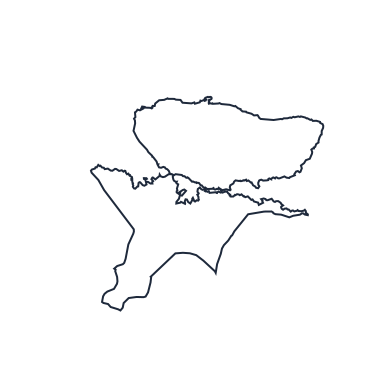 Samosir, Sumatera Utara, Indonesia, rotated 316°
{"feature_id": "22746128B81816662901100", "entity_name": "Samosir", "entity_type": "district", "adm_level": 2, "iso_a3": "IDN", "parent_name": "Indonesia", "parent_adm1": "Sumatera Utara", "projection": "albers", "projection_center": [98.751, 2.555], "detail": "fine", "context": "isolated", "style": "outline", "palette": "slate", "viewbox_px": 384, "rotation_deg": 316, "n_neighbors": 0, "source": "geoboundaries", "source_scale": "gbopen_adm2", "svg_char_len": 6128}
<svg xmlns="http://www.w3.org/2000/svg" viewBox="0 0 384 384"><g transform="rotate(316 192 192)"><path d="M187.7,145.5L186.4,148.0L187.0,148.7L186.1,149.0L185.4,151.4L186.6,153.1L188.8,154.0L189.6,155.5L189.3,156.8L190.0,158.4L190.0,160.7L188.8,163.6L189.9,165.1L190.7,167.4L192.6,167.8L196.5,172.7L196.5,174.3L197.6,175.5L197.7,177.5L198.2,178.3L198.9,178.3L199.2,179.3L199.2,184.7L200.0,185.1L200.9,187.4L201.7,187.8L201.6,188.8L202.6,189.3L203.3,190.6L202.9,193.0L203.6,194.0L203.4,196.3L203.9,197.8L204.6,197.9L205.1,200.5L209.4,204.3L210.3,203.9L210.5,203.1L210.3,203.9L209.5,204.3L210.3,206.3L212.2,207.1L212.7,208.0L214.1,207.6L214.0,210.3L214.6,209.8L215.1,211.8L218.4,213.7L220.6,217.2L221.3,217.2L222.5,214.8L224.2,213.8L227.7,214.6L229.5,213.8L231.4,213.9L233.5,216.8L234.3,217.1L234.5,216.5L234.4,217.8L235.4,218.7L237.2,219.3L238.1,220.2L238.8,219.6L238.1,220.2L239.5,220.7L239.1,222.2L240.6,222.9L240.9,226.2L241.5,226.5L240.6,229.6L241.3,232.1L241.0,233.5L242.2,235.2L244.4,234.7L244.7,232.9L246.0,231.4L248.3,230.4L249.1,230.6L250.4,231.3L251.1,233.2L253.9,235.6L255.1,236.4L255.9,235.7L257.0,235.9L257.8,237.9L258.2,237.5L260.5,237.9L261.2,239.9L262.0,239.6L263.0,240.1L263.5,242.1L264.5,243.0L269.3,245.0L270.0,247.4L271.7,249.5L272.8,249.4L277.6,251.4L277.9,250.3L281.1,249.6L282.7,250.5L283.0,252.5L284.1,252.8L287.5,251.2L288.8,248.6L292.7,249.1L296.0,248.2L299.8,249.9L304.9,247.8L306.3,246.7L307.3,244.4L308.8,244.5L310.0,245.4L310.6,244.6L312.0,245.1L314.6,243.8L317.4,244.3L318.4,243.2L321.5,241.4L324.4,240.4L325.2,240.7L327.7,238.2L330.8,237.0L332.4,235.6L333.1,233.9L332.2,231.4L332.8,230.5L330.9,227.1L328.3,224.8L328.3,222.8L327.2,222.3L326.2,219.1L325.6,218.7L325.2,217.1L322.8,213.2L321.8,213.0L321.0,211.5L317.8,209.6L317.1,208.3L314.9,207.7L314.4,206.6L311.9,205.3L309.2,202.8L307.3,202.2L306.8,201.3L300.7,196.9L292.1,187.1L291.9,185.3L291.8,185.9L291.9,185.3L292.5,182.9L292.5,182.2L289.8,180.0L289.2,177.1L286.5,172.5L286.7,171.8L284.3,169.1L284.1,166.4L284.5,166.1L283.3,163.8L282.9,160.2L282.0,159.8L279.7,155.5L274.2,149.1L273.5,147.1L272.5,146.7L268.2,143.0L268.3,142.4L267.3,141.9L266.9,141.0L265.5,140.2L265.9,139.5L267.1,139.0L267.3,138.1L268.2,138.2L268.2,137.7L270.5,138.6L271.4,138.1L271.7,137.2L271.2,136.2L269.6,135.2L269.5,134.6L267.0,133.5L265.7,133.8L266.3,135.3L265.4,135.7L264.4,135.2L264.5,134.2L261.5,132.8L261.4,132.2L259.9,132.9L255.4,130.5L255.9,129.2L253.2,127.9L247.2,121.2L247.7,117.8L244.5,114.3L244.0,112.8L239.5,108.4L239.5,107.7L236.0,106.4L232.1,103.2L227.0,102.8L224.9,104.2L223.5,102.7L222.3,103.1L222.1,103.9L221.1,103.9L220.5,102.5L216.1,97.9L215.2,98.2L211.3,97.1L210.0,94.9L207.7,95.4L206.3,95.1L203.3,98.8L201.2,99.0L200.7,100.8L198.8,103.1L192.4,107.4L190.1,114.7L189.2,119.3L189.0,130.3L188.3,133.0L188.5,138.3L187.9,139.0L188.3,139.9L187.7,145.5ZM82.8,193.1L83.1,194.8L81.8,195.6L79.1,201.1L76.3,204.5L74.3,205.9L68.6,207.5L61.9,204.8L58.4,204.5L55.6,205.3L50.9,208.6L51.2,210.3L53.8,214.3L53.6,218.2L57.4,225.1L58.2,227.5L61.8,227.1L65.7,224.4L72.8,224.3L79.2,229.0L84.1,234.0L86.0,235.0L90.6,233.7L99.3,228.3L103.6,224.8L103.5,224.3L137.4,224.6L143.2,229.4L147.9,234.6L151.2,240.4L152.5,249.2L153.4,264.9L152.9,266.6L160.0,261.3L169.7,256.5L174.3,253.5L178.0,252.4L184.4,252.1L189.9,250.8L190.7,251.1L195.1,249.7L216.9,247.0L230.3,256.2L235.7,261.3L236.1,263.1L235.8,263.8L236.6,265.9L240.4,270.2L244.4,277.8L248.3,279.4L253.9,283.3L256.2,283.7L257.1,284.5L257.5,286.6L259.2,289.1L259.8,288.6L259.5,286.1L260.6,284.8L260.8,283.2L259.5,283.1L257.2,281.7L255.4,279.6L255.4,278.4L254.5,278.4L252.1,277.0L251.8,275.4L251.1,274.9L249.4,274.7L249.4,271.7L248.6,270.9L248.6,269.5L247.0,268.3L245.2,268.0L244.9,266.5L245.3,265.1L246.0,264.5L248.2,264.9L247.9,262.4L248.3,261.4L247.7,258.5L246.1,257.0L244.8,256.8L244.2,255.5L244.6,252.2L240.8,250.5L239.8,249.5L240.0,248.2L239.1,246.5L236.8,245.2L236.6,247.5L235.9,247.8L235.6,249.1L231.1,247.7L232.2,245.6L230.0,241.9L230.4,239.4L229.2,238.9L229.1,233.9L226.7,232.7L226.5,231.0L226.0,230.9L226.0,228.1L224.2,227.5L224.0,226.4L222.9,224.9L220.9,224.4L220.8,223.9L218.7,224.0L216.9,222.4L216.6,221.9L217.5,220.7L216.8,220.4L217.4,219.1L217.1,218.1L217.5,216.3L216.1,214.7L213.6,213.7L213.5,212.7L212.3,212.5L211.3,210.1L209.9,209.8L208.6,210.5L209.5,209.4L209.2,208.9L204.0,204.8L204.7,203.0L203.3,202.6L203.2,201.9L202.2,201.1L202.0,200.4L203.1,200.3L203.5,199.3L201.1,197.8L200.6,196.3L200.8,194.2L198.3,193.9L196.8,195.0L196.1,195.6L195.9,197.6L195.0,197.9L194.0,197.6L193.2,200.1L192.1,201.1L191.6,202.3L190.5,202.5L189.6,201.2L187.6,201.0L187.3,200.2L188.6,196.8L187.5,197.0L186.6,198.0L182.8,199.1L182.3,196.5L183.1,193.9L182.3,192.8L180.5,193.6L179.7,194.4L179.5,194.9L179.1,195.4L179.0,195.6L178.8,195.7L177.2,191.4L176.1,191.5L172.7,189.4L173.9,188.3L177.9,187.8L181.3,185.8L182.2,187.6L188.5,187.0L188.2,184.9L186.9,184.2L182.7,183.4L182.8,184.6L181.3,184.8L180.7,181.7L181.5,180.8L182.6,180.7L183.5,179.1L187.4,176.9L186.9,175.1L187.1,174.4L188.1,174.0L187.5,173.6L186.9,171.5L187.2,170.2L188.7,167.7L190.4,166.9L189.4,164.8L187.6,163.0L183.2,162.2L181.4,161.1L180.4,159.0L180.8,157.1L179.8,157.9L174.4,157.5L173.9,154.3L173.4,154.1L171.7,154.6L171.6,157.2L170.2,157.2L169.4,158.4L168.0,157.1L167.4,154.3L166.0,152.5L164.5,155.0L162.1,154.4L161.3,152.8L161.5,149.1L161.0,148.4L159.8,148.4L157.2,150.6L156.5,150.1L153.5,150.2L152.8,149.2L153.1,147.1L154.3,146.5L154.9,144.9L155.6,144.8L156.0,143.3L157.7,141.5L156.9,141.1L157.5,140.3L158.8,140.1L159.2,139.4L158.5,137.1L159.1,136.6L158.6,135.9L159.0,134.6L157.6,134.1L157.8,132.4L158.7,130.5L158.3,129.9L156.8,129.7L156.6,127.6L154.2,126.2L153.5,122.9L152.7,121.9L149.5,121.4L148.4,120.1L147.7,116.7L145.1,114.9L145.4,113.3L144.3,111.8L144.4,109.5L143.6,109.2L143.4,107.4L140.6,108.1L139.8,107.2L138.4,107.7L135.6,106.3L134.1,106.5L133.2,108.4L133.0,118.3L130.1,129.6L124.2,178.4L122.7,180.1L120.8,181.2L109.8,185.5L97.9,193.9L94.0,195.9L92.1,195.9L86.8,193.3L82.8,193.1ZM168.8,150.4L167.0,148.6L166.5,149.2L167.0,150.8L168.7,151.2L168.8,150.4ZM215.5,95.9L214.2,96.4L216.2,96.8L215.5,95.9Z" fill="none" stroke="#1e293b" stroke-width="2"/></g></svg>